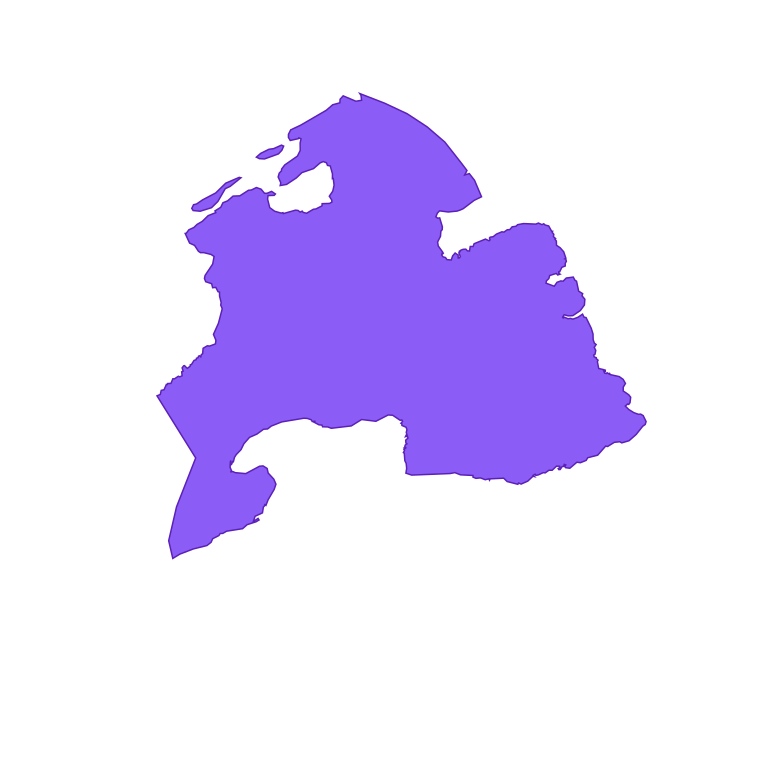 outline of Buton, Sulawesi Tenggara, Indonesia, rotated 27°
{"feature_id": "22746128B86741169633217", "entity_name": "Buton", "entity_type": "district", "adm_level": 2, "iso_a3": "IDN", "parent_name": "Indonesia", "parent_adm1": "Sulawesi Tenggara", "projection": "albers", "projection_center": [122.919, -5.369], "detail": "fine", "context": "isolated", "style": "filled", "palette": "violet", "viewbox_px": 768, "rotation_deg": 27, "n_neighbors": 0, "source": "geoboundaries", "source_scale": "gbopen_adm2", "svg_char_len": 6174}
<svg xmlns="http://www.w3.org/2000/svg" viewBox="0 0 768 768"><g transform="rotate(27 384 384)"><path d="M385.9,172.9L372.2,161.4L364.5,157.8L361.0,161.1L361.0,156.1L353.4,152.4L328.3,140.8L305.7,135.3L282.2,132.7L257.1,133.5L230.6,136.2L232.5,137.3L235.2,141.4L230.6,144.8L216.8,145.8L215.6,150.2L217.0,153.5L211.5,158.5L208.3,166.3L192.1,191.4L185.5,199.9L185.5,204.9L186.9,207.7L189.9,209.6L196.4,204.2L196.4,203.3L198.8,203.2L199.8,207.2L203.3,213.9L203.4,220.2L196.1,233.9L195.2,238.9L195.8,240.8L194.9,243.7L195.7,247.6L200.7,251.6L201.4,254.3L206.6,250.4L212.4,240.1L214.9,232.9L223.4,224.1L226.7,216.0L228.9,213.4L232.3,213.0L234.4,214.9L237.1,214.1L242.7,220.2L244.8,224.5L245.5,223.9L249.3,229.6L250.8,235.5L250.0,241.5L253.9,243.8L255.0,245.6L253.5,247.8L247.0,251.4L247.9,253.4L243.8,259.0L241.7,260.4L237.5,267.0L234.1,267.8L232.6,267.1L231.3,268.9L228.6,268.4L226.2,269.3L216.9,277.9L216.2,277.2L214.8,278.4L208.1,279.7L202.1,278.7L196.4,272.2L195.1,268.8L200.5,265.8L201.0,264.0L196.4,263.4L193.2,267.2L190.9,268.3L186.0,266.2L181.1,266.9L177.7,271.4L175.3,272.9L170.1,281.8L164.2,285.1L161.5,291.8L158.2,295.6L158.3,300.7L154.8,306.5L156.3,307.7L150.9,313.8L148.2,321.7L145.0,326.6L143.5,330.9L140.1,335.2L139.4,339.4L138.5,340.1L146.8,346.7L152.3,346.5L158.4,350.0L160.9,350.3L163.7,348.8L171.0,347.1L174.7,347.5L176.9,354.9L175.3,368.5L176.1,371.5L178.7,373.8L184.9,372.9L187.6,376.0L190.3,374.3L194.2,377.1L195.7,376.8L197.6,380.4L201.9,385.3L202.7,387.8L205.7,390.4L208.9,405.0L209.5,417.2L214.4,421.4L215.6,424.8L211.5,429.3L209.2,430.2L206.6,434.3L208.6,439.2L207.9,440.9L208.4,443.0L206.9,442.6L206.1,443.4L206.4,445.0L205.2,446.2L205.6,447.6L204.0,449.3L203.6,454.0L202.7,454.8L203.2,456.2L201.6,459.4L197.9,458.2L197.2,458.8L196.8,461.3L199.2,463.7L198.2,465.0L200.4,468.3L198.8,470.3L197.2,470.5L195.0,474.5L193.5,475.2L193.9,480.2L191.1,481.7L191.2,482.8L190.3,483.1L190.6,489.0L188.4,490.8L189.4,494.9L187.1,497.6L249.8,535.4L254.9,587.6L263.3,621.4L275.0,635.3L279.3,628.3L288.9,617.6L299.6,608.3L301.8,603.5L301.6,599.6L305.7,594.0L305.9,591.6L308.2,590.3L310.6,586.6L323.7,577.1L325.9,571.5L332.6,564.8L334.4,561.9L332.8,560.9L330.0,565.8L329.2,560.4L334.2,554.0L332.4,548.4L333.2,545.7L331.9,545.3L333.9,545.7L333.3,539.8L334.0,527.8L333.2,522.3L329.0,518.8L321.2,515.9L318.2,512.3L313.4,511.9L310.4,513.8L301.5,526.6L291.8,530.5L288.8,530.7L287.1,532.2L287.7,530.7L284.7,528.1L283.6,525.8L282.4,522.9L282.2,521.7L284.0,526.4L284.7,524.3L284.2,521.8L285.1,521.7L284.1,517.2L284.4,514.0L286.4,507.4L286.3,500.8L288.4,492.6L293.6,486.2L297.2,479.0L300.7,476.9L302.7,472.6L310.1,464.2L328.1,450.9L331.3,449.5L335.2,448.9L337.1,450.0L339.8,448.2L338.5,449.8L344.5,449.9L347.4,448.8L348.7,450.0L353.4,447.8L357.1,447.4L373.9,436.2L380.2,425.8L393.7,420.9L401.8,409.7L405.9,407.9L414.8,409.0L416.3,408.0L417.5,408.9L416.9,411.3L417.9,411.3L418.8,412.8L423.3,412.5L425.2,414.3L425.8,417.0L428.3,419.6L427.0,419.3L427.0,421.2L428.5,419.9L429.9,421.4L428.8,424.2L430.3,426.6L431.6,426.9L430.6,428.7L430.9,430.2L432.0,430.6L431.1,431.7L432.2,431.8L431.3,433.1L432.5,434.0L432.4,436.3L433.5,436.5L437.4,442.9L439.8,444.7L442.5,448.9L444.0,453.5L450.0,452.6L483.5,433.8L487.4,430.8L493.4,430.2L504.8,425.1L505.6,426.6L508.8,426.3L512.5,423.9L517.7,423.3L520.3,421.0L521.7,421.8L521.5,420.4L533.4,413.6L538.0,415.0L548.8,412.6L548.9,411.1L551.6,410.9L556.2,405.3L558.6,398.6L560.0,398.2L558.4,397.7L559.6,395.8L560.8,396.5L562.9,394.8L566.1,390.7L568.0,390.0L570.1,386.0L573.0,384.5L575.0,378.9L577.8,377.5L578.6,378.4L577.6,380.3L578.7,380.9L579.8,380.2L580.2,376.7L581.4,375.9L581.1,373.8L582.7,373.6L582.5,375.5L583.8,376.1L587.8,374.7L591.4,366.1L594.7,365.0L598.8,360.3L599.0,357.2L606.7,350.4L609.7,338.7L611.6,338.2L615.7,331.4L620.3,328.4L622.6,328.5L628.1,323.3L631.6,314.5L633.7,304.2L635.1,301.5L634.6,298.5L629.3,294.5L626.4,294.3L624.4,295.5L619.6,296.1L613.7,295.6L609.0,294.1L610.2,291.2L611.3,291.1L611.7,289.0L609.8,283.8L607.0,282.5L600.3,281.6L598.6,278.2L598.9,273.9L595.0,271.3L590.2,270.6L581.3,272.9L580.3,272.2L580.1,272.9L577.7,272.7L577.5,273.6L575.6,274.1L572.6,271.6L568.3,272.7L564.0,267.3L563.9,265.6L561.6,265.0L561.2,264.2L558.9,264.4L557.7,263.0L558.5,261.6L557.4,257.9L554.7,255.9L555.1,252.5L552.9,252.1L550.2,249.5L547.5,244.5L543.3,240.2L533.9,233.1L531.8,233.6L529.2,231.6L526.5,236.5L522.9,240.4L520.2,240.9L518.4,242.3L514.4,242.6L513.7,243.8L512.8,243.4L513.1,240.5L517.1,239.7L521.2,237.4L525.6,229.4L526.7,222.6L524.5,217.3L520.4,215.5L520.0,213.3L515.3,212.9L508.9,205.0L506.9,204.8L504.1,202.8L498.3,206.8L496.9,211.1L494.7,211.9L492.0,214.8L491.3,219.6L482.6,220.6L481.9,218.4L483.0,215.3L482.4,212.1L487.3,207.3L489.3,208.0L491.0,206.2L489.5,206.1L488.8,204.8L489.6,204.4L489.5,199.3L491.9,196.6L490.7,194.2L490.8,191.9L489.4,190.3L488.3,190.4L488.9,189.3L484.1,184.6L479.0,182.6L474.7,182.1L472.7,178.4L470.5,177.3L470.8,176.5L468.1,175.8L467.3,173.5L465.3,172.7L464.9,171.4L464.2,171.9L459.0,168.4L455.3,169.2L453.6,168.7L452.4,170.3L448.5,170.5L446.7,172.6L435.5,177.7L430.7,181.4L430.0,183.5L426.8,185.8L426.0,189.3L423.8,190.6L421.9,194.2L419.9,194.9L416.1,199.4L414.4,203.2L411.9,205.0L411.7,206.1L413.1,207.4L412.6,208.7L408.6,208.8L400.6,218.1L401.0,221.0L398.4,222.3L399.8,226.7L397.9,227.5L395.7,226.7L393.3,228.1L391.7,229.9L391.4,232.6L390.8,230.6L391.2,233.2L394.1,235.7L394.0,237.3L392.9,238.0L391.5,235.5L387.9,235.0L387.0,238.7L387.6,243.0L383.6,244.6L381.4,243.4L378.8,243.9L376.8,242.9L376.3,239.8L369.7,236.4L367.3,233.2L367.3,226.8L365.3,222.0L365.8,220.1L364.7,217.5L358.2,210.7L356.6,211.9L354.3,211.5L354.0,207.5L354.9,204.5L363.1,201.6L370.7,196.7L373.0,194.3L375.0,191.8L381.0,179.4L385.9,172.9ZM135.2,316.1L141.8,313.5L150.3,305.2L153.1,296.8L153.9,282.0L157.2,277.8L162.9,265.2L161.2,265.6L151.8,276.9L147.3,290.2L138.8,302.2L135.2,308.8L132.9,310.7L133.0,314.8L135.2,316.1ZM186.6,217.6L184.2,217.7L178.8,224.4L174.9,227.1L169.4,234.5L167.3,239.8L170.7,239.8L175.4,237.7L185.5,226.9L186.9,222.1L186.6,217.6ZM574.9,271.2L573.8,271.4L574.2,272.6L575.4,272.2L574.9,271.2ZM377.3,241.3L377.6,239.8L376.9,242.1L377.3,241.3Z" fill="#8b5cf6" stroke="#5b21b6" stroke-width="1.5"/></g></svg>